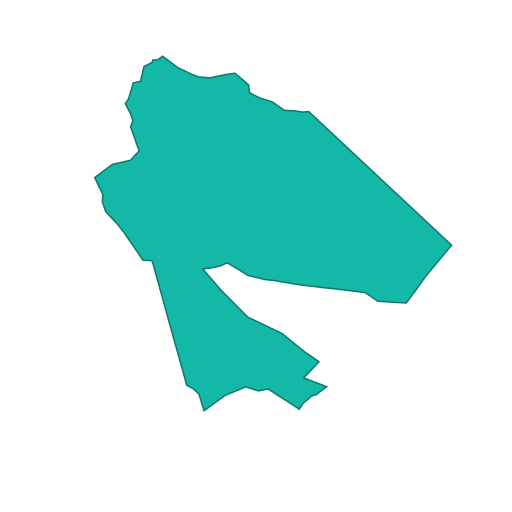 the district of Teotitlán del Valle, Oaxaca, Mexico, rotated 291°
{"feature_id": "50627088B43819232792449", "entity_name": "Teotitlán del Valle", "entity_type": "district", "adm_level": 2, "iso_a3": "MEX", "parent_name": "Mexico", "parent_adm1": "Oaxaca", "projection": "robinson", "projection_center": [-96.539, 17.051], "detail": "fine", "context": "isolated", "style": "filled", "palette": "teal", "viewbox_px": 512, "rotation_deg": 291, "n_neighbors": 0, "source": "geoboundaries", "source_scale": "gbopen_adm2", "svg_char_len": 2261}
<svg xmlns="http://www.w3.org/2000/svg" viewBox="0 0 512 512"><g transform="rotate(291 256 256)"><path d="M409.1,97.1L407.6,96.3L404.0,93.9L401.9,89.4L399.5,89.6L392.7,83.5L377.8,85.6L373.6,79.4L356.9,80.7L351.4,79.4L347.1,84.2L343.8,88.0L338.3,92.5L337.5,92.7L331.8,92.5L321.7,101.2L312.2,109.2L300.4,104.5L290.1,89.1L271.4,77.3L258.4,91.1L251.6,93.0L243.6,99.8L235.7,115.9L230.3,124.8L211.5,152.2L213.8,158.5L214.0,161.0L185.4,182.2L166.1,196.4L154.2,205.2L130.7,222.7L114.8,234.5L110.5,237.7L109.4,245.6L106.7,252.2L92.9,263.0L103.5,269.8L114.7,277.0L130.1,293.3L130.9,306.4L136.2,314.8L134.5,322.8L133.2,329.0L131.9,335.6L131.8,336.3L131.7,336.7L131.6,337.3L131.4,337.9L131.3,338.2L131.2,338.6L131.1,339.2L131.0,339.7L130.9,340.3L130.7,340.8L130.6,341.5L130.5,342.1L130.4,342.7L130.4,343.1L130.3,343.3L128.3,352.1L128.6,351.7L129.4,351.0L129.7,351.2L130.6,351.6L131.3,351.9L131.9,352.1L132.6,352.2L133.1,352.3L133.6,352.4L134.1,352.5L134.5,352.6L134.9,352.6L135.3,352.8L136.0,353.1L137.1,353.6L138.4,354.3L139.2,354.9L139.6,355.2L140.2,355.6L140.8,356.0L142.3,356.5L143.8,357.3L144.7,357.9L145.8,358.8L146.4,359.5L146.8,360.1L147.4,360.9L147.8,361.7L148.1,362.0L148.6,362.2L148.9,362.4L149.1,362.4L155.1,366.2L159.3,368.8L159.3,344.2L179.8,352.7L184.1,335.4L187.8,323.6L193.0,308.2L193.6,300.0L194.3,291.6L196.0,270.1L212.0,234.7L224.9,210.9L228.8,218.3L231.4,222.5L233.8,226.0L239.4,231.6L238.4,237.1L237.3,243.6L235.0,255.3L237.2,272.6L239.8,282.6L240.9,288.3L242.3,295.1L244.2,304.2L245.2,308.9L246.4,313.8L247.4,317.5L248.5,321.8L249.3,325.0L249.8,327.2L250.2,328.8L252.9,338.7L253.8,342.1L254.1,343.4L256.0,350.9L256.3,351.8L256.4,352.5L257.4,356.5L258.6,361.3L259.6,365.3L260.1,367.7L260.9,371.0L260.8,371.7L258.8,380.3L257.5,386.0L260.0,394.2L263.1,404.2L265.8,412.5L265.9,413.0L266.0,413.1L270.3,414.3L273.2,415.1L277.4,416.3L284.8,418.4L298.0,421.7L308.6,425.3L310.9,426.1L313.2,426.9L317.3,428.3L324.6,430.8L331.1,433.0L336.2,434.7L341.3,422.1L352.1,395.5L360.3,375.3L367.4,357.7L380.3,325.9L396.2,286.9L409.7,253.5L407.1,248.0L405.3,239.8L402.1,230.2L405.7,216.4L404.9,202.5L406.0,191.7L413.2,187.6L419.1,170.9L414.8,163.0L405.9,149.3L402.6,138.1L402.7,129.8L403.8,115.7L409.1,97.1Z" fill="#14b8a6" stroke="#0f766e" stroke-width="1.5"/></g></svg>